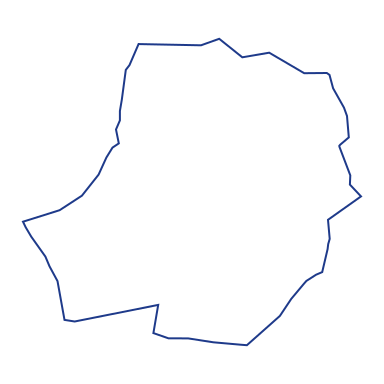 Obi, Benue, Nigeria (Albers equal-area conic projection)
{"feature_id": "59680162B75172896497028", "entity_name": "Obi", "entity_type": "district", "adm_level": 2, "iso_a3": "NGA", "parent_name": "Nigeria", "parent_adm1": "Benue", "projection": "albers", "projection_center": [8.31, 7.01], "detail": "fine", "context": "isolated", "style": "outline", "palette": "blue", "viewbox_px": 384, "rotation_deg": 0, "n_neighbors": 0, "source": "geoboundaries", "source_scale": "gbopen_adm2", "svg_char_len": 797}
<svg xmlns="http://www.w3.org/2000/svg" viewBox="0 0 384 384"><path d="M64.5,319.9L74.7,321.5L158.2,304.9L153.4,333.1L168.4,338.3L188.2,338.4L213.4,342.3L240.6,344.7L246.9,345.2L279.9,315.9L291.3,298.8L303.7,284.0L306.4,280.9L316.1,274.7L322.2,272.1L327.6,249.1L328.2,244.1L329.7,238.9L328.0,219.8L361.0,196.4L349.9,184.6L350.3,175.4L339.4,146.7L339.3,145.8L340.2,144.7L348.8,137.4L347.0,116.0L344.0,107.7L333.1,88.3L329.5,74.9L326.8,73.0L304.2,73.2L269.2,52.7L242.3,57.3L219.2,38.8L201.0,45.3L140.3,44.1L138.6,44.0L129.5,65.1L125.8,69.9L121.8,99.8L119.9,111.0L119.9,120.4L116.0,129.5L118.8,143.4L112.5,147.6L106.4,157.5L98.6,174.6L81.9,195.7L79.1,197.5L59.6,210.2L23.0,221.7L25.7,227.3L31.2,236.6L45.4,256.6L49.5,266.3L57.5,281.1L64.5,319.9Z" fill="none" stroke="#1e3a8a" stroke-width="2"/></svg>